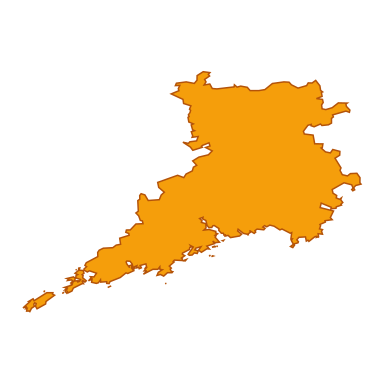 the district of Skibbereen-West Cork Lea-5, Cork, Ireland
{"feature_id": "5873133B33035753150692", "entity_name": "Skibbereen-West Cork Lea-5", "entity_type": "district", "adm_level": 2, "iso_a3": "IRL", "parent_name": "Ireland", "parent_adm1": "Cork", "projection": "equal_earth", "projection_center": [-9.179, 51.623], "detail": "fine", "context": "isolated", "style": "filled", "palette": "amber", "viewbox_px": 384, "rotation_deg": 0, "n_neighbors": 0, "source": "geoboundaries", "source_scale": "gbopen_adm2", "svg_char_len": 5984}
<svg xmlns="http://www.w3.org/2000/svg" viewBox="0 0 384 384"><path d="M315.7,80.4L312.1,83.0L308.2,82.9L306.6,85.6L298.0,88.1L291.4,84.8L289.1,82.2L283.9,81.9L272.4,83.5L264.9,89.6L258.9,90.6L250.1,90.6L247.3,87.3L240.7,86.1L237.1,87.1L234.4,84.8L234.1,86.9L216.9,88.9L212.3,88.5L209.8,84.0L204.1,85.0L206.0,81.9L204.6,79.4L209.6,76.0L208.3,74.4L209.9,72.6L203.2,71.7L197.1,75.6L197.0,80.2L194.3,83.4L186.2,81.9L176.4,83.2L175.4,85.6L179.8,85.4L178.3,88.7L178.9,90.7L171.2,93.9L183.0,99.4L183.6,103.5L190.9,105.8L189.5,109.3L190.6,110.3L190.0,112.6L188.4,114.8L189.1,116.6L188.0,117.3L188.8,122.0L193.3,123.9L191.2,124.9L192.6,129.8L194.5,130.7L191.3,131.7L192.7,135.9L192.1,137.3L198.2,136.5L196.6,140.9L189.8,141.8L188.4,143.4L182.9,142.2L190.3,147.0L192.8,150.3L202.3,147.3L201.4,146.3L202.6,145.3L209.0,142.8L210.0,146.0L205.6,147.5L212.2,150.9L208.4,154.8L198.9,157.1L192.7,160.9L196.7,165.3L193.4,167.2L192.3,170.9L186.1,174.0L183.8,177.6L177.6,175.3L157.7,182.4L158.7,187.4L164.3,192.2L161.2,195.0L159.3,199.7L148.2,200.5L144.9,194.9L141.1,193.7L139.7,195.5L139.8,199.2L137.8,200.6L138.3,211.2L135.9,213.0L138.7,215.9L140.3,220.4L142.4,220.9L143.0,223.7L135.9,224.0L130.3,229.9L126.4,230.0L125.8,232.3L128.8,233.5L129.1,235.3L119.7,238.2L120.6,244.3L116.2,245.1L112.8,247.7L103.3,248.2L99.2,250.2L97.7,252.4L97.8,256.6L86.3,262.7L84.9,265.4L86.6,266.7L84.0,269.0L84.2,270.2L87.3,272.0L89.5,270.8L96.5,273.2L94.0,276.9L90.4,276.7L91.2,277.8L88.5,280.8L92.0,279.2L91.6,282.3L96.4,283.4L98.5,282.7L100.5,279.8L100.7,282.1L106.7,281.7L106.7,283.4L109.1,283.6L110.0,281.6L120.3,277.5L126.0,272.9L127.7,273.5L133.8,270.7L131.6,268.2L131.9,264.8L128.9,265.9L129.7,267.7L126.9,264.1L126.1,262.0L126.9,261.0L130.1,261.3L132.2,264.1L133.0,267.4L136.9,265.7L136.2,268.0L138.8,267.3L139.2,268.7L141.4,267.8L140.1,265.5L145.9,263.9L146.5,266.6L145.4,267.9L146.3,267.8L144.1,270.9L146.2,270.8L146.4,271.4L143.4,274.2L152.9,269.3L157.9,269.3L159.8,266.8L159.9,269.3L162.3,269.7L158.3,272.3L157.0,275.4L160.5,274.5L163.7,276.1L167.5,272.7L172.0,272.7L172.8,271.7L171.3,271.4L170.2,269.1L171.3,268.1L169.3,266.1L174.1,262.0L173.2,261.4L174.4,260.1L181.9,260.5L182.4,258.9L181.4,258.1L184.8,255.7L182.3,254.2L182.5,253.1L189.4,249.5L189.8,247.4L191.3,247.0L190.4,245.5L193.3,247.0L188.1,254.3L189.3,255.3L192.2,255.0L194.3,252.9L197.2,253.5L198.0,251.7L197.2,250.5L194.8,249.9L195.9,248.1L201.0,246.7L198.6,250.2L201.4,252.3L206.9,248.8L209.4,249.0L206.8,246.1L214.5,243.6L212.7,241.1L215.0,242.7L219.5,242.2L215.1,237.1L216.0,235.8L215.0,235.3L217.6,233.8L215.6,232.9L215.8,231.4L209.0,229.5L203.9,230.1L206.0,228.0L205.8,223.7L201.4,222.4L202.0,220.7L199.6,218.5L203.0,217.3L202.6,218.9L205.9,220.5L207.1,225.5L208.9,227.6L211.8,227.5L212.8,225.8L214.2,225.5L218.9,228.5L218.8,230.4L221.3,233.2L223.4,233.3L224.0,235.1L225.3,234.9L225.1,236.1L228.1,235.4L230.5,237.6L239.6,236.0L241.6,234.2L237.6,231.0L238.1,229.2L243.5,233.4L247.6,234.3L250.8,232.0L249.4,230.5L254.2,233.4L255.7,232.1L254.9,230.7L257.1,229.1L263.8,229.8L265.1,228.3L262.8,227.1L264.5,225.6L266.7,226.8L269.8,225.1L274.1,226.2L279.9,229.9L282.0,229.0L290.2,233.2L291.7,232.6L290.9,239.0L292.3,238.9L291.3,240.4L293.4,244.3L290.5,246.5L292.8,247.6L294.5,245.2L293.8,244.0L298.0,242.8L298.4,241.7L296.8,239.8L298.9,237.3L305.5,236.9L306.3,241.1L308.0,240.2L308.9,241.4L314.9,236.7L316.3,236.4L316.3,237.4L317.4,236.8L317.8,237.2L318.2,237.2L318.6,236.9L318.1,233.7L322.5,234.2L321.5,231.1L322.5,229.6L319.5,228.9L320.6,225.7L319.9,224.5L325.3,222.1L325.0,220.7L332.2,219.7L330.3,217.6L333.5,211.0L320.1,207.6L321.2,203.1L331.3,207.3L330.9,208.8L336.0,208.3L336.3,206.8L341.5,205.1L340.9,204.2L342.8,202.5L340.7,199.7L341.4,197.9L339.5,199.3L336.2,197.9L336.7,195.5L333.0,193.2L332.2,189.5L344.0,182.8L351.7,184.8L353.1,188.2L351.7,189.5L352.8,190.8L354.7,189.8L353.6,187.8L355.7,185.5L361.0,184.1L359.9,182.7L360.0,177.7L356.9,173.3L350.4,173.6L347.5,175.9L342.3,174.7L340.0,170.4L341.0,167.9L335.0,158.2L339.7,155.2L339.9,151.4L332.8,149.5L330.4,152.9L325.5,151.9L321.1,148.0L322.3,147.6L322.9,143.9L314.7,143.8L313.1,135.1L304.3,134.0L303.4,131.3L307.9,125.3L311.2,124.4L311.0,125.7L314.1,126.8L320.5,124.0L321.9,125.5L328.5,124.8L331.5,123.1L331.5,118.4L333.4,116.9L332.6,114.9L345.9,111.1L349.4,112.3L349.9,110.1L346.4,106.4L345.9,104.0L347.2,103.1L338.3,102.9L332.2,107.7L325.8,109.6L322.1,108.8L321.6,104.9L323.2,102.5L322.5,99.4L316.4,98.6L322.1,96.4L321.4,92.4L322.6,91.9L320.6,90.4L319.9,85.8L315.7,80.4ZM46.8,292.7L34.1,300.7L33.1,298.8L28.7,301.4L29.8,301.7L23.0,307.9L27.0,306.6L25.5,307.5L27.0,308.1L26.0,308.8L27.0,308.9L26.6,311.1L30.1,311.0L29.5,312.3L31.5,308.3L34.3,306.4L33.8,304.1L34.7,302.8L36.2,303.5L35.5,306.2L37.0,308.8L45.6,304.0L46.0,301.5L54.6,295.2L52.5,294.1L52.9,292.7L46.8,292.7ZM73.3,288.1L82.3,283.6L83.5,283.7L82.1,281.2L82.8,280.5L84.9,282.1L86.3,280.8L82.6,277.7L83.1,275.6L82.1,274.7L84.0,273.2L83.1,270.5L78.8,270.2L75.0,273.3L77.7,274.6L76.1,275.4L75.7,277.9L80.6,279.5L79.5,281.3L77.2,282.2L78.7,280.8L74.4,280.9L75.4,278.3L73.5,276.9L66.8,278.5L68.6,279.1L67.5,280.5L71.4,279.9L72.8,281.0L71.9,281.9L73.5,281.6L71.1,283.7L72.4,284.0L71.8,285.1L64.6,287.4L67.0,287.9L65.1,289.8L66.8,289.4L65.3,291.6L66.8,293.2L67.5,291.8L68.1,292.9L72.0,291.0L73.3,288.1ZM182.6,260.8L185.3,260.9L186.5,259.4L182.6,260.8ZM214.5,246.2L212.0,247.2L215.8,246.7L214.5,246.2ZM133.9,269.2L134.6,267.5L133.3,268.3L133.9,269.2ZM108.9,286.9L111.2,285.9L107.7,287.5L108.9,286.9ZM79.8,267.9L78.7,268.1L78.6,269.4L79.5,269.0L79.8,267.9ZM212.7,255.8L211.5,256.6L213.3,256.0L212.7,255.8ZM76.8,269.5L75.6,270.0L76.8,269.5ZM223.2,241.0L223.7,240.3L222.5,240.7L223.2,241.0ZM62.8,293.2L64.1,292.2L62.3,293.3L62.8,293.2ZM210.4,255.2L209.9,255.4L209.2,256.3L210.4,255.2ZM217.3,246.2L216.4,246.3L217.7,246.5L217.3,246.2ZM44.4,291.6L44.4,291.2L43.6,291.5L44.4,291.6ZM165.1,283.7L166.4,283.3L165.6,283.5L165.1,283.7ZM247.7,234.9L249.0,234.6L247.3,234.9L247.7,234.9Z" fill="#f59e0b" stroke="#b45309" stroke-width="1.5"/></svg>